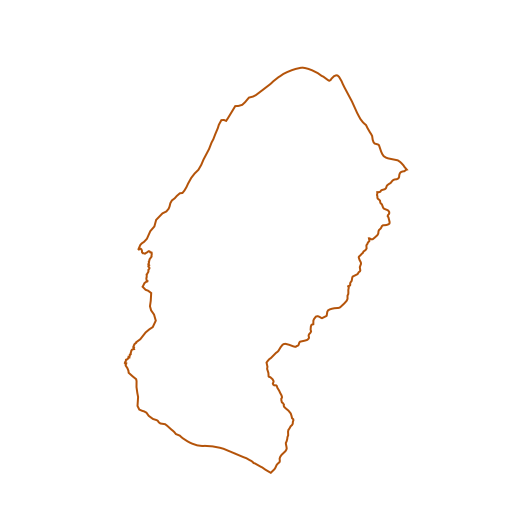 outline of Phiang, Xaignabouri, Laos, rotated 202°
{"feature_id": "54806243B59484994865641", "entity_name": "Phiang", "entity_type": "district", "adm_level": 2, "iso_a3": "LAO", "parent_name": "Laos", "parent_adm1": "Xaignabouri", "projection": "natural_earth1", "projection_center": [101.454, 18.877], "detail": "fine", "context": "isolated", "style": "outline", "palette": "amber", "viewbox_px": 512, "rotation_deg": 202, "n_neighbors": 0, "source": "geoboundaries", "source_scale": "gbopen_adm2", "svg_char_len": 6101}
<svg xmlns="http://www.w3.org/2000/svg" viewBox="0 0 512 512"><g transform="rotate(202 256 256)"><path d="M367.5,218.3L367.1,218.1L366.8,218.3L366.5,218.8L365.7,219.5L364.9,219.3L363.9,218.4L363.0,216.7L362.0,216.2L361.7,216.4L360.2,216.5L359.8,216.6L359.3,217.4L358.4,218.5L357.4,220.2L356.6,220.4L356.1,220.3L355.4,219.7L354.9,219.8L354.4,220.1L354.1,220.1L353.4,218.8L352.9,216.8L352.6,216.3L353.4,213.3L353.4,212.7L353.1,211.3L353.3,210.7L353.2,210.3L352.7,209.8L352.6,209.2L352.6,208.5L352.8,208.1L352.7,207.9L352.5,207.7L351.9,207.7L351.6,207.5L352.0,206.6L352.0,206.1L351.7,205.8L350.7,205.4L350.3,205.0L350.2,204.7L350.2,204.1L350.6,202.8L350.4,202.3L350.1,201.9L350.0,201.3L349.9,201.0L350.2,199.0L350.2,198.4L350.5,197.9L350.1,197.2L349.4,195.3L349.4,194.5L349.1,193.8L348.1,192.2L347.2,192.1L347.2,191.7L347.8,191.3L348.3,190.7L349.2,189.2L349.3,188.6L349.5,185.6L349.6,185.0L345.7,183.3L343.1,183.4L339.3,182.4L336.8,175.0L335.5,169.7L332.9,166.3L328.6,163.5L324.7,158.5L325.1,151.4L327.4,148.1L329.7,143.8L332.1,135.5L334.8,131.1L334.6,130.6L335.6,129.0L335.6,128.0L335.8,127.6L335.6,126.5L335.7,125.7L334.9,125.5L335.0,124.9L334.2,124.0L335.3,123.3L335.9,122.6L336.1,121.6L336.1,121.3L335.9,120.6L335.9,119.5L335.5,118.4L335.7,118.0L335.4,117.8L335.6,117.3L336.0,117.0L335.7,116.1L335.4,114.6L336.4,114.6L336.1,113.0L336.5,112.6L336.9,111.6L337.7,111.1L337.7,110.9L337.4,110.1L337.3,109.6L337.6,108.7L337.5,107.6L337.2,107.5L336.1,107.9L336.0,107.6L336.3,107.2L336.4,106.8L336.0,106.4L335.8,105.6L333.2,103.8L331.3,101.8L330.3,100.0L325.3,98.2L321.0,96.9L319.9,95.3L317.7,89.7L314.7,84.5L312.5,81.1L309.7,72.6L306.7,69.9L303.7,69.8L301.5,70.0L298.9,69.7L295.6,67.6L290.5,66.3L286.6,66.6L285.3,66.4L283.9,65.4L281.9,64.9L277.3,66.0L275.0,65.4L269.5,63.4L267.5,62.8L265.7,62.1L263.6,60.9L259.3,60.9L257.6,60.2L255.7,59.6L250.1,58.5L247.4,58.2L244.8,58.1L239.6,58.4L235.4,59.5L233.9,60.0L232.3,60.8L225.0,63.2L217.5,64.7L213.8,65.1L192.4,64.8L189.1,64.9L185.7,64.4L183.4,64.2L181.7,63.7L180.7,63.1L179.5,63.3L172.7,62.4L171.0,62.3L167.3,61.4L161.1,60.5L159.0,65.3L158.7,66.9L158.6,69.9L158.1,71.5L157.0,73.6L157.1,74.8L158.2,77.0L158.3,79.0L157.8,81.2L155.6,86.1L155.3,87.9L155.5,89.2L156.4,90.7L157.8,92.8L158.3,93.8L158.2,95.8L158.5,98.1L159.0,99.9L159.0,101.8L160.5,105.2L160.8,107.0L160.4,108.4L160.1,111.1L159.3,112.7L159.1,114.2L159.7,116.1L159.8,117.7L160.3,118.6L161.8,119.1L163.2,121.1L164.8,123.0L168.0,124.8L171.5,125.9L173.6,126.8L174.3,127.8L174.4,128.6L175.8,129.6L177.2,130.0L178.5,131.8L179.1,133.2L178.9,134.0L179.0,134.9L180.1,136.3L182.3,138.1L184.1,139.8L186.7,141.7L188.2,143.4L189.0,143.6L190.6,142.9L191.8,143.2L192.6,144.0L192.6,145.7L192.8,146.5L194.4,147.9L197.3,149.0L198.5,148.8L199.2,149.1L200.7,152.2L203.4,155.5L203.9,157.6L206.3,161.1L206.0,162.5L205.1,165.2L203.9,167.1L201.2,173.6L200.2,175.2L199.7,176.4L199.0,180.7L198.1,183.7L197.2,184.8L195.8,185.6L192.0,186.1L187.6,186.2L186.0,186.4L185.1,186.7L184.7,187.6L183.8,188.3L183.4,188.9L183.2,189.7L183.4,191.4L183.3,192.4L183.0,193.1L179.2,195.7L177.4,197.1L176.9,197.7L176.3,199.0L176.2,199.8L176.3,200.2L177.4,201.9L177.5,202.7L177.4,203.7L176.9,204.9L176.7,205.8L176.7,206.7L177.8,208.2L178.7,211.1L178.8,212.6L178.6,213.2L177.3,214.2L178.6,217.6L178.6,219.2L177.8,222.2L176.5,223.2L175.4,223.4L173.9,223.3L172.1,223.0L171.5,223.1L168.3,226.7L168.1,227.1L169.0,231.0L168.8,232.6L167.5,234.2L165.9,235.5L163.8,236.9L159.8,238.9L158.8,239.9L156.4,245.0L155.2,248.3L155.1,249.4L155.1,250.6L156.3,253.5L156.2,255.3L156.7,256.8L157.7,259.1L158.1,261.3L158.3,261.8L159.1,262.2L159.2,262.6L157.8,263.9L157.8,264.5L158.4,265.8L158.5,266.7L158.0,268.6L158.2,270.0L158.6,271.6L158.7,272.7L158.6,273.2L155.5,276.7L155.0,277.4L154.7,279.4L153.9,280.7L153.9,281.7L155.6,284.6L155.7,288.0L156.1,288.9L156.9,289.8L158.4,291.0L160.0,292.9L160.3,293.4L160.3,294.0L159.4,295.9L158.7,297.8L158.1,298.8L158.0,300.4L156.7,302.5L156.4,303.7L156.3,304.4L157.5,306.9L157.6,307.5L157.2,309.2L157.3,310.1L157.1,311.0L156.7,311.7L156.5,312.3L156.7,312.9L157.9,314.7L157.4,314.9L155.3,314.7L154.7,314.9L154.0,315.4L152.9,317.4L151.3,320.7L151.1,321.8L151.1,322.8L151.7,324.9L151.7,326.1L150.7,328.2L150.5,329.6L150.5,330.8L149.7,332.1L147.9,332.9L146.4,333.8L145.1,335.0L144.5,335.9L144.5,336.6L144.9,337.6L147.7,341.5L148.8,342.2L149.0,343.2L148.5,344.5L148.5,345.7L149.0,346.7L150.3,347.6L151.2,347.8L155.1,347.8L156.2,348.4L158.6,351.0L159.3,351.3L160.1,351.5L160.9,352.3L161.8,353.8L163.2,354.4L164.6,354.8L165.2,355.4L165.9,357.0L166.5,357.6L166.8,358.3L166.9,359.4L167.5,360.6L165.5,361.5L164.8,362.2L164.6,363.5L164.1,364.2L161.7,366.1L161.2,366.8L160.9,367.6L161.0,370.1L160.7,371.0L159.5,372.9L158.6,374.0L157.7,376.9L157.0,378.1L155.8,379.1L154.4,379.8L153.5,380.7L153.0,381.7L152.9,382.5L153.1,383.5L153.5,384.8L153.6,386.4L153.4,387.4L152.8,388.4L151.3,389.6L150.3,390.1L148.9,392.4L148.6,392.6L151.9,394.3L153.1,395.2L155.8,396.5L157.6,397.2L160.4,397.8L170.1,396.0L172.3,395.9L175.0,396.4L177.1,397.8L179.1,399.7L183.5,404.8L184.7,405.1L188.1,404.7L189.5,405.4L191.3,407.4L193.3,410.8L195.1,412.3L196.6,413.3L200.7,416.5L203.0,418.6L205.4,419.4L207.1,420.1L210.5,422.1L213.2,424.3L216.0,426.7L224.9,435.2L237.2,445.5L240.1,448.1L242.1,450.1L246.1,453.2L248.0,453.9L249.3,453.6L251.0,452.0L252.4,448.8L252.8,447.0L253.8,445.9L255.3,446.1L260.7,447.5L262.7,447.6L267.2,448.7L273.6,449.2L277.5,449.1L280.6,448.7L283.3,448.1L285.1,447.2L289.3,444.3L292.3,441.8L296.1,438.1L298.8,435.1L301.1,431.6L302.1,430.3L305.4,424.5L306.6,421.8L307.5,420.1L316.4,405.1L318.5,402.7L321.9,400.2L323.8,394.4L325.4,391.0L328.4,388.6L331.4,387.2L333.7,373.0L334.3,370.1L336.7,370.1L339.0,369.0L339.6,363.7L339.3,360.3L339.4,353.5L339.3,348.3L339.7,344.6L339.6,337.6L340.8,325.8L340.9,320.0L341.7,314.3L343.8,309.5L345.3,304.2L346.1,297.7L346.3,293.7L346.9,289.8L347.8,286.9L350.1,285.6L351.9,282.1L353.0,279.0L354.8,276.0L355.2,272.9L354.7,269.5L354.7,267.1L355.8,263.7L358.7,260.5L362.1,252.1L361.3,245.3L363.3,239.5L363.6,231.1L365.1,227.2L366.7,224.8L367.4,222.9L367.5,218.3Z" fill="none" stroke="#b45309" stroke-width="2"/></g></svg>